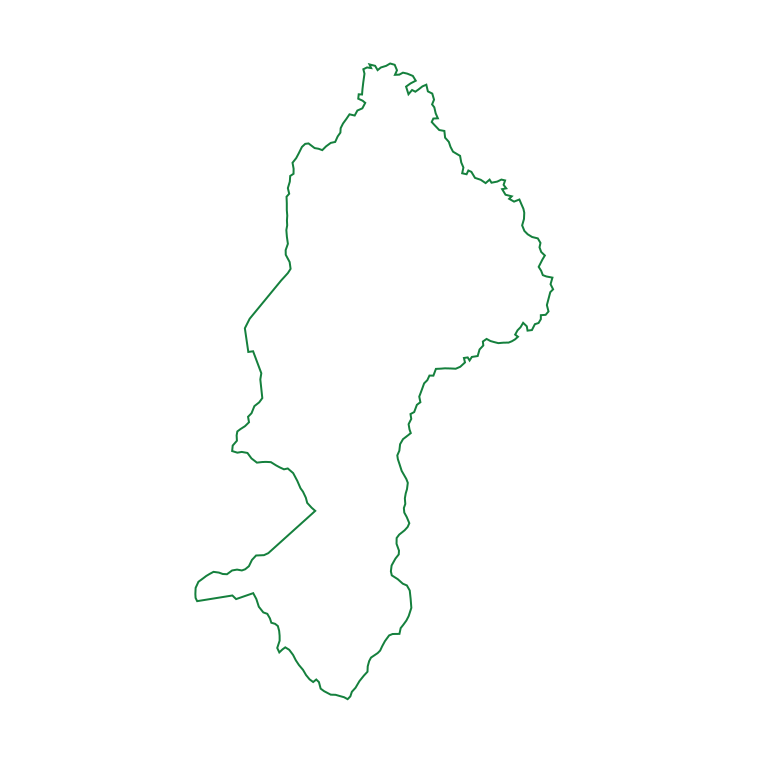 the district of Ventania, Paraná, Brazil, rotated 10°
{"feature_id": "56859067B80922571425855", "entity_name": "Ventania", "entity_type": "district", "adm_level": 2, "iso_a3": "BRA", "parent_name": "Brazil", "parent_adm1": "Paraná", "projection": "natural_earth1", "projection_center": [-50.238, -24.192], "detail": "fine", "context": "isolated", "style": "outline", "palette": "green", "viewbox_px": 768, "rotation_deg": 10, "n_neighbors": 0, "source": "geoboundaries", "source_scale": "gbopen_adm2", "svg_char_len": 4238}
<svg xmlns="http://www.w3.org/2000/svg" viewBox="0 0 768 768"><g transform="rotate(10 384 384)"><path d="M394.3,124.3L388.6,120.1L385.5,117.7L386.5,114.0L390.9,113.0L387.9,108.5L385.5,102.8L382.8,100.3L383.9,95.3L381.1,89.6L376.4,88.2L373.7,81.9L370.2,84.2L366.7,88.1L364.1,90.7L360.6,89.6L357.8,94.4L354.1,87.3L357.9,83.4L362.6,79.8L358.9,75.6L353.0,74.3L348.6,74.1L345.3,76.7L341.1,77.6L342.3,72.8L339.1,67.8L334.4,67.3L330.9,70.3L326.0,72.8L323.2,76.0L320.0,72.2L314.2,71.8L316.5,75.1L312.3,75.2L309.0,77.6L310.9,81.8L311.2,90.5L311.6,97.4L312.1,102.7L308.8,103.1L309.1,107.5L313.7,108.7L316.7,110.4L314.8,116.3L310.3,119.3L308.5,124.7L303.2,124.4L300.9,129.5L298.4,134.6L296.9,139.6L297.4,144.0L295.4,148.2L293.9,154.1L289.7,155.8L285.7,160.0L282.6,164.4L278.7,163.7L274.7,163.7L267.9,160.2L264.7,161.2L262.0,164.8L259.9,171.9L258.3,176.8L255.5,182.0L257.6,187.7L258.4,192.7L255.5,195.4L256.1,201.1L255.3,207.8L257.6,213.1L255.5,216.5L256.9,222.9L258.1,229.7L259.5,235.0L260.0,239.8L261.1,244.5L261.1,249.4L262.8,255.9L265.0,262.6L263.9,269.2L264.8,273.8L269.9,280.3L272.0,286.8L270.1,291.4L267.6,295.4L264.8,299.8L240.4,343.0L237.3,353.3L244.8,376.0L249.4,374.5L261.3,394.7L261.4,401.0L266.6,419.0L264.3,423.7L260.2,428.3L258.6,435.8L255.8,439.9L257.7,445.1L254.5,449.6L250.6,453.2L247.8,456.2L247.8,460.2L249.0,465.4L245.7,470.9L246.1,476.4L251.5,477.1L255.7,475.6L261.5,475.6L266.4,480.3L272.5,483.5L277.6,482.0L281.3,481.2L286.2,480.6L291.9,482.9L295.8,484.2L300.3,485.4L303.9,483.9L310.0,487.5L315.4,494.4L319.9,501.2L322.9,504.1L326.8,509.6L329.0,514.4L334.2,518.4L338.3,520.9L299.4,570.7L295.5,573.4L287.8,575.1L284.5,580.2L282.6,586.9L279.4,590.6L276.4,592.3L271.5,592.3L266.8,594.0L262.4,598.6L258.2,599.1L254.2,598.4L248.7,598.6L245.3,601.3L242.3,603.9L239.8,606.6L235.6,611.0L233.9,617.5L234.7,623.6L235.6,627.4L237.7,630.3L271.4,618.6L275.7,621.5L291.5,612.7L295.6,617.9L299.4,625.1L304.8,629.9L309.0,630.6L312.4,634.7L314.5,638.7L318.4,639.1L321.5,640.8L323.6,645.3L324.9,650.0L325.8,654.9L324.7,662.5L327.5,666.5L330.1,663.0L332.5,660.5L336.8,662.2L341.5,666.6L345.2,671.5L349.0,675.5L353.9,679.6L357.8,684.2L362.0,687.8L366.0,689.8L368.6,686.8L371.7,688.9L374.5,695.0L378.3,696.9L385.5,699.2L390.2,698.5L394.9,699.0L399.1,699.4L402.9,700.7L405.1,697.5L405.8,692.7L408.7,688.1L411.4,680.9L414.8,674.7L417.7,670.2L417.0,664.9L417.5,659.5L418.7,655.7L424.5,650.1L426.5,647.2L427.7,642.7L429.6,637.0L432.7,630.7L435.9,628.7L442.6,627.4L442.8,621.5L444.7,618.0L447.1,613.1L448.6,608.3L449.8,599.7L447.5,590.8L445.2,582.9L441.5,578.4L437.2,577.4L431.4,573.8L424.9,571.1L423.3,567.3L423.0,561.4L425.6,553.9L428.1,549.3L427.7,545.5L424.1,539.2L423.2,533.5L425.1,529.7L429.7,524.5L432.1,520.7L433.1,516.7L429.5,511.1L426.3,507.1L425.1,502.7L425.8,498.4L424.4,493.0L424.4,487.9L424.9,483.5L424.6,477.2L422.5,473.7L416.5,466.5L412.8,459.5L410.7,455.6L409.5,452.0L410.7,447.0L410.3,440.5L412.3,435.0L415.6,431.4L418.9,427.7L417.0,424.3L415.2,419.3L416.9,413.6L415.3,409.0L418.6,406.4L420.0,398.8L423.0,395.6L420.9,390.3L421.7,386.1L422.6,381.1L423.4,376.4L426.0,372.7L427.3,367.8L431.2,367.2L432.5,360.1L437.4,359.0L441.2,358.0L447.2,357.1L452.0,356.5L456.1,353.8L460.0,348.7L458.2,344.5L461.8,343.3L464.2,346.0L465.8,342.1L471.4,340.2L472.1,333.4L475.1,328.8L474.0,325.0L477.2,321.8L481.4,323.2L485.4,323.6L489.5,323.9L494.7,322.5L499.5,321.6L502.5,319.7L505.3,317.3L507.7,314.2L504.6,312.6L506.2,307.9L508.6,304.4L510.4,299.6L514.6,302.4L516.1,306.5L520.3,305.2L522.2,298.9L525.6,297.1L527.2,292.9L526.5,289.0L531.2,287.8L533.4,284.0L530.7,278.0L531.8,264.7L534.1,261.4L530.7,256.8L531.4,250.0L525.2,249.9L521.5,249.2L519.1,245.2L516.0,241.8L518.4,233.9L520.1,229.5L515.9,226.7L513.4,222.4L513.6,217.9L510.2,213.9L504.3,213.5L499.5,211.6L495.7,208.9L492.5,203.8L493.2,197.2L492.4,191.0L490.9,187.3L488.1,183.1L485.3,178.8L480.4,181.8L475.1,179.9L477.2,177.0L470.8,176.5L466.5,171.6L470.4,170.1L467.2,167.1L467.9,162.5L464.1,162.3L460.4,165.0L454.9,167.1L452.5,164.4L449.2,168.5L443.8,166.1L437.8,165.2L433.2,159.9L430.0,159.1L428.9,163.1L424.4,162.9L424.6,157.0L421.6,152.4L419.3,146.1L415.8,144.8L411.6,143.2L408.3,138.9L405.8,134.3L401.4,130.8L399.5,124.3L394.3,124.3Z" fill="none" stroke="#15803d" stroke-width="2"/></g></svg>